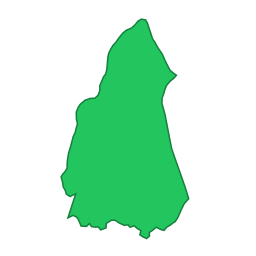 Conchal, São Paulo, Brazil, rotated 183°
{"feature_id": "56859067B87062650378745", "entity_name": "Conchal", "entity_type": "district", "adm_level": 2, "iso_a3": "BRA", "parent_name": "Brazil", "parent_adm1": "São Paulo", "projection": "robinson", "projection_center": [-47.137, -22.383], "detail": "fine", "context": "isolated", "style": "filled", "palette": "green", "viewbox_px": 256, "rotation_deg": 183, "n_neighbors": 0, "source": "geoboundaries", "source_scale": "gbopen_adm2", "svg_char_len": 1551}
<svg xmlns="http://www.w3.org/2000/svg" viewBox="0 0 256 256"><g transform="rotate(183 128 128)"><path d="M82.4,183.2L85.4,185.1L89.0,187.8L92.7,194.0L94.7,197.6L97.5,203.4L101.8,209.0L103.8,212.0L105.4,214.8L107.8,217.7L109.2,221.0L110.4,224.3L112.4,229.3L114.1,233.8L116.1,236.9L120.4,237.4L123.7,235.2L126.1,231.7L129.7,228.0L134.6,225.7L138.3,222.4L142.4,216.6L144.8,212.6L147.2,209.9L149.2,206.3L151.0,202.1L151.7,198.7L151.9,195.5L152.2,185.5L153.1,180.8L155.1,177.8L156.5,174.0L158.4,168.7L158.0,164.0L159.8,158.9L162.7,156.0L167.6,155.5L172.3,153.5L174.6,151.4L176.9,149.2L178.8,146.0L180.5,141.1L180.0,134.5L178.7,129.2L179.8,124.9L180.5,120.9L182.2,116.8L183.3,111.6L184.6,105.3L186.0,100.1L186.4,96.4L186.8,93.0L186.9,89.2L186.7,84.7L188.7,81.0L190.7,78.6L192.3,75.6L191.2,72.6L190.2,69.2L189.6,65.7L187.4,62.4L186.1,58.7L182.2,56.5L179.5,58.2L176.8,59.4L183.3,35.1L178.3,37.9L174.6,36.3L172.7,33.9L169.7,27.6L164.3,27.5L161.5,30.5L159.3,27.6L155.5,27.3L152.5,27.6L149.9,24.8L144.7,27.1L144.7,31.6L142.2,33.2L139.7,35.1L136.0,35.2L131.8,32.7L126.7,30.6L122.9,31.3L120.8,29.0L116.7,30.7L113.6,28.2L109.7,26.1L110.6,22.0L107.5,20.1L103.6,18.6L100.9,21.2L101.2,24.8L98.5,26.8L94.5,30.4L90.7,28.6L86.7,27.6L84.0,31.1L80.7,33.2L78.4,35.3L76.0,36.9L73.6,41.1L72.2,44.8L70.5,49.2L67.9,55.4L63.7,60.6L68.0,72.3L69.9,76.9L77.5,95.4L79.2,99.5L80.4,102.4L83.4,109.8L85.9,119.8L91.7,143.2L93.4,148.4L95.4,154.3L95.5,159.6L94.0,164.5L93.2,168.3L91.7,172.5L88.6,176.7L84.8,180.2L82.4,183.2Z" fill="#22c55e" stroke="#15803d" stroke-width="1.5"/></g></svg>